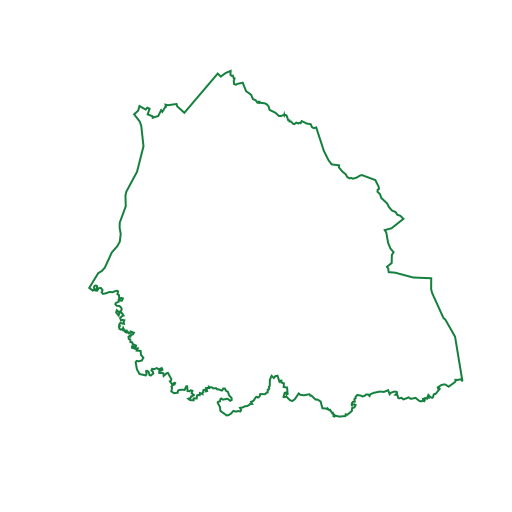 the district of Kalniešu pag., Kraslavas, Latvia, rotated 74°
{"feature_id": "27541924B55230125144242", "entity_name": "Kalniešu pag.", "entity_type": "district", "adm_level": 2, "iso_a3": "LVA", "parent_name": "Latvia", "parent_adm1": "Kraslavas", "projection": "orthographic", "projection_center": [27.395, 55.888], "detail": "fine", "context": "isolated", "style": "outline", "palette": "green", "viewbox_px": 512, "rotation_deg": 74, "n_neighbors": 0, "source": "geoboundaries", "source_scale": "gbopen_adm2", "svg_char_len": 6115}
<svg xmlns="http://www.w3.org/2000/svg" viewBox="0 0 512 512"><g transform="rotate(74 256 256)"><path d="M344.1,372.9L351.0,371.3L352.3,372.0L352.7,373.3L355.5,372.3L356.0,371.7L355.4,369.2L355.9,368.7L357.0,369.7L357.3,372.2L358.3,373.3L359.5,373.0L362.8,374.7L365.3,372.6L365.8,368.9L364.0,368.1L363.6,367.1L364.1,364.0L365.1,361.5L362.1,359.0L362.2,358.1L367.0,359.0L367.7,357.1L367.1,355.8L368.0,354.3L370.2,355.7L372.4,354.0L372.8,354.2L373.1,357.0L374.4,358.0L374.6,360.4L376.5,358.9L377.5,355.8L375.7,355.2L376.6,352.3L373.8,351.1L373.6,350.2L374.3,348.5L372.3,347.7L374.0,345.5L372.9,345.4L372.4,344.5L370.4,343.5L370.5,342.2L371.6,340.9L372.3,341.4L372.4,340.3L369.2,340.5L369.3,339.7L370.1,339.5L369.5,338.8L370.0,337.6L368.7,337.3L369.8,336.2L370.0,334.8L371.6,333.4L372.0,330.8L373.5,330.1L374.0,328.4L375.7,326.4L375.9,325.5L374.3,324.0L375.0,322.3L377.1,322.1L379.0,320.4L382.5,320.3L385.9,318.6L387.7,319.1L388.1,320.7L385.9,322.2L385.2,323.4L385.0,327.3L383.4,328.7L383.8,329.7L385.8,330.7L385.7,332.7L386.5,333.3L391.1,332.3L395.2,332.9L401.2,328.1L401.4,326.5L400.8,323.9L398.7,320.4L400.0,318.3L400.1,316.1L401.1,313.8L399.7,312.7L397.6,313.2L397.9,310.1L397.4,308.1L397.8,306.0L397.3,303.5L396.5,302.5L397.1,300.5L394.8,301.0L394.5,298.3L391.7,295.1L391.5,294.1L392.6,293.2L392.6,292.5L391.6,290.9L389.9,290.0L391.2,285.9L391.3,285.1L390.3,283.5L390.4,282.4L387.7,281.5L387.8,280.6L387.2,279.8L385.4,279.7L384.7,278.6L378.8,276.8L375.5,274.0L378.2,272.5L376.8,270.5L377.0,268.3L383.3,268.1L382.6,266.6L382.8,265.9L384.6,266.5L386.1,264.3L389.6,265.5L391.0,262.4L397.3,263.6L397.6,264.7L395.5,264.5L395.4,266.1L399.0,268.4L399.4,268.1L399.6,265.5L404.1,263.0L405.4,261.1L404.5,258.4L399.9,252.8L401.6,251.7L403.1,248.4L403.6,242.8L405.4,242.2L405.5,241.2L410.4,238.3L411.0,236.4L413.7,234.0L420.7,234.1L422.0,230.5L422.8,229.9L422.2,229.2L424.5,228.0L424.4,227.1L427.5,226.3L427.8,225.4L428.8,225.8L429.9,224.6L431.1,225.7L432.0,224.9L431.4,223.7L433.3,220.3L434.5,214.2L432.9,213.4L433.8,212.0L431.4,206.6L428.5,205.4L428.2,204.9L428.8,204.2L428.6,203.1L426.8,201.3L425.6,202.4L425.7,205.0L424.1,204.5L422.9,203.2L423.2,201.2L420.7,200.9L420.2,199.4L418.9,199.2L417.5,196.9L419.4,193.2L420.4,192.4L420.3,190.1L419.5,188.5L420.0,186.5L421.9,185.4L420.4,184.2L420.0,180.2L420.5,174.2L421.9,170.5L421.4,166.0L425.7,165.6L424.6,164.0L424.5,160.2L425.4,158.2L426.8,158.2L427.8,160.2L428.6,158.4L431.7,158.4L432.3,157.6L432.4,155.3L434.5,153.8L434.0,148.3L436.0,146.5L436.4,141.7L440.3,139.0L441.3,137.3L441.0,135.6L441.9,134.3L440.9,133.7L440.9,134.9L439.7,134.9L440.2,134.1L439.5,134.3L439.2,132.3L440.3,131.0L439.4,130.4L439.8,129.4L438.3,129.6L437.1,128.6L439.9,127.1L440.9,125.7L440.3,124.5L438.5,123.7L437.8,122.6L438.1,121.7L437.8,120.9L434.3,116.0L433.3,116.5L433.7,117.4L432.4,117.5L431.1,113.3L431.3,110.5L431.9,109.3L434.7,106.8L432.1,99.7L431.1,98.5L430.0,98.4L430.8,96.1L430.8,93.7L431.5,92.7L433.4,92.1L388.5,86.9L369.4,91.5L367.3,92.9L340.1,96.9L336.2,96.8L325.7,93.7L320.0,110.8L310.3,127.0L308.1,132.9L304.5,132.4L302.5,133.1L300.1,127.5L292.4,125.1L290.3,122.7L285.9,124.7L279.9,125.4L269.4,124.3L266.6,125.1L266.7,118.1L260.9,104.0L257.0,106.3L255.3,108.8L252.2,109.7L249.9,112.7L245.4,114.8L241.7,115.4L234.7,119.6L230.9,119.7L227.7,121.5L225.9,120.8L225.4,119.3L223.0,119.0L215.9,120.4L207.4,131.9L207.4,133.9L208.4,137.8L208.4,141.5L207.2,143.1L207.1,144.8L205.1,146.6L202.4,147.1L198.3,149.9L193.6,151.9L191.8,151.1L188.8,158.0L183.9,159.9L173.6,161.8L149.0,162.7L149.1,165.0L148.5,165.8L147.3,166.8L144.5,167.0L142.6,170.8L138.9,174.9L140.6,176.5L139.9,177.6L140.3,178.7L138.9,180.5L139.8,182.7L139.0,184.0L136.4,185.3L135.9,186.7L134.8,186.5L134.4,187.6L129.3,187.9L128.2,189.2L128.7,189.8L127.9,189.8L128.6,190.2L128.1,190.7L128.3,193.4L127.8,195.3L123.5,198.0L119.3,202.7L115.8,202.6L113.2,203.8L111.7,205.4L110.1,209.2L109.0,210.0L109.6,210.6L108.6,211.2L109.3,211.8L108.9,212.5L106.3,213.3L104.3,215.7L99.8,216.2L94.8,220.1L85.8,221.0L85.4,226.5L85.8,228.1L84.6,229.7L81.5,229.1L79.4,227.7L79.0,228.4L76.3,228.5L76.0,230.0L74.7,230.6L71.1,229.4L71.7,234.6L73.8,240.4L70.1,242.5L98.6,285.4L90.4,290.5L88.0,290.5L86.8,299.0L85.6,301.3L87.7,301.4L87.7,302.1L91.6,306.3L89.7,307.0L94.5,311.4L94.6,317.2L93.2,316.9L90.0,321.1L85.1,317.7L83.5,319.6L84.8,321.7L79.7,326.7L83.8,329.2L86.2,334.1L94.7,330.7L99.1,330.4L119.5,333.9L142.3,347.2L158.3,362.8L161.8,364.8L172.3,367.5L186.4,377.8L191.2,379.3L197.6,380.0L204.7,383.0L208.3,386.6L212.8,393.6L225.6,404.6L227.9,408.3L229.0,412.4L240.7,425.1L244.2,422.5L243.0,420.2L241.4,420.4L240.3,419.5L240.1,418.7L240.5,417.6L241.1,417.1L243.6,418.0L244.7,420.1L245.6,418.3L243.7,416.2L243.7,414.7L244.2,413.8L246.5,412.9L248.3,414.4L250.2,413.6L250.5,410.5L250.2,406.7L251.3,403.9L250.9,400.4L251.2,399.1L252.0,398.3L254.5,399.7L255.8,398.5L259.7,399.4L259.1,397.4L260.1,395.7L261.8,397.0L261.9,397.8L260.6,400.2L262.1,400.7L262.6,403.8L263.5,404.5L265.4,403.7L266.5,401.0L268.4,399.9L270.1,399.7L271.6,400.9L272.1,403.3L269.8,404.7L271.7,406.0L275.4,404.5L273.1,403.0L273.0,401.4L274.5,400.3L276.7,399.8L276.5,400.7L278.2,403.7L280.9,403.5L280.5,402.0L281.5,400.3L283.0,401.5L284.8,401.6L283.0,405.0L284.4,406.6L285.3,406.1L286.2,406.4L286.3,407.3L288.2,407.4L289.5,406.3L289.4,404.9L290.3,404.5L288.6,403.5L291.0,403.1L292.1,401.8L292.2,402.8L293.1,402.6L293.9,401.4L292.6,400.6L295.5,399.4L295.4,398.8L294.7,399.0L295.1,397.2L294.2,397.1L296.1,394.5L297.4,395.9L297.5,398.0L298.8,398.9L298.0,399.6L298.6,400.9L300.7,401.1L301.6,399.9L304.2,400.4L304.9,398.8L306.8,398.7L309.0,396.0L309.7,396.4L310.2,397.8L308.6,399.9L310.0,400.5L312.4,397.0L311.8,396.5L312.2,395.1L314.1,396.7L315.4,393.1L319.4,393.8L322.7,392.3L325.0,394.6L324.9,397.8L324.0,399.7L325.0,401.0L332.1,401.7L337.3,400.5L340.4,394.9L339.0,393.6L336.4,393.4L336.3,392.3L337.9,391.1L341.1,391.2L341.9,390.1L340.6,387.1L338.8,387.0L337.2,388.1L335.8,386.9L336.7,385.4L336.4,382.3L338.0,380.8L337.8,377.5L339.6,377.3L340.0,380.6L341.6,381.3L342.3,380.2L342.1,378.9L343.2,377.4L345.8,377.8L344.1,374.3L344.1,372.9Z" fill="none" stroke="#15803d" stroke-width="2"/></g></svg>